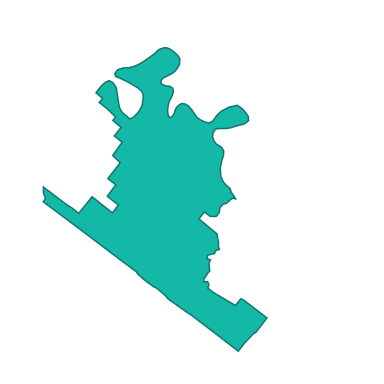 Bento Gonçalves, Rio Grande do Sul, Brazil (Mercator projection), rotated 38°
{"feature_id": "56859067B71530862715351", "entity_name": "Bento Gonçalves", "entity_type": "district", "adm_level": 2, "iso_a3": "BRA", "parent_name": "Brazil", "parent_adm1": "Rio Grande do Sul", "projection": "mercator", "projection_center": [-51.571, -29.106], "detail": "fine", "context": "isolated", "style": "filled", "palette": "teal", "viewbox_px": 384, "rotation_deg": 38, "n_neighbors": 0, "source": "geoboundaries", "source_scale": "gbopen_adm2", "svg_char_len": 2584}
<svg xmlns="http://www.w3.org/2000/svg" viewBox="0 0 384 384"><g transform="rotate(38 192 192)"><path d="M103.7,99.6L100.6,94.6L96.9,93.2L92.0,92.7L86.0,93.0L82.9,94.1L80.6,96.2L78.1,100.4L77.5,105.1L75.6,112.4L73.0,120.3L71.5,124.1L69.2,128.5L65.4,133.3L61.3,136.7L58.0,141.7L58.4,146.5L61.0,147.9L65.5,146.5L69.4,145.8L73.4,144.8L85.3,143.3L89.5,143.5L92.6,144.6L95.2,147.2L97.3,151.0L98.9,153.6L100.0,156.6L100.4,159.7L100.5,163.1L100.1,167.0L99.6,170.2L97.4,173.0L94.7,172.4L91.0,172.4L86.7,171.9L82.9,170.1L79.2,166.9L68.6,156.9L66.1,155.6L62.3,154.5L58.1,155.3L56.3,158.7L55.2,164.2L55.2,168.6L55.3,172.9L63.9,173.3L63.8,178.6L67.3,178.6L70.2,178.6L73.7,178.6L85.6,179.9L85.6,184.3L96.4,184.8L96.2,195.7L99.8,195.7L106.3,195.8L107.0,212.1L117.4,213.1L117.4,217.1L117.5,233.2L127.6,233.3L127.8,247.5L135.5,247.6L141.9,247.5L142.2,257.4L135.6,257.4L130.4,257.4L116.2,257.2L115.9,278.5L107.6,278.5L101.0,279.1L89.5,279.3L71.8,279.6L73.8,282.1L76.0,284.6L80.4,287.0L80.8,291.3L124.0,290.4L136.4,290.2L142.6,290.1L156.8,289.9L183.3,289.5L186.1,289.3L189.5,289.3L192.3,289.3L197.1,289.1L199.9,290.0L207.5,290.6L212.2,290.6L216.3,290.4L220.2,290.3L223.7,289.5L231.9,289.9L236.1,290.3L238.9,291.0L254.5,290.3L257.6,290.1L260.8,290.0L267.7,289.5L300.1,289.1L326.5,289.0L326.4,278.9L327.6,266.3L328.8,263.0L328.6,245.1L300.1,245.3L296.2,246.0L296.1,251.7L296.1,254.7L270.8,258.0L263.6,258.0L262.5,254.7L259.5,253.0L256.7,255.4L254.8,253.2L254.9,249.8L254.3,246.8L254.7,243.5L251.7,240.3L249.1,237.6L248.4,234.1L244.9,235.2L243.3,232.4L245.6,228.9L247.6,226.8L246.7,223.8L248.9,220.4L246.3,218.6L244.0,215.4L240.1,212.2L237.7,209.7L214.1,208.9L213.9,200.2L221.3,200.0L226.1,196.5L226.2,191.5L223.6,187.1L224.0,182.6L226.2,179.5L226.9,175.3L227.8,171.9L230.6,170.6L226.2,168.9L223.2,168.1L220.0,165.9L214.1,165.5L210.7,164.9L205.5,162.2L202.5,159.1L199.6,155.7L198.0,152.8L195.8,148.2L194.5,144.2L191.9,140.3L187.8,138.5L185.0,138.9L181.2,139.2L177.9,138.2L174.2,135.9L172.3,132.8L171.8,127.9L175.0,124.7L177.5,122.8L180.6,120.2L183.0,117.5L185.6,113.7L188.3,110.1L191.3,106.1L192.7,100.9L189.4,97.6L182.8,95.8L179.2,95.4L174.2,95.9L168.8,102.5L165.5,110.0L164.4,116.1L164.7,124.3L162.0,127.8L157.7,129.3L153.6,130.0L149.9,130.2L141.5,127.5L136.2,126.4L132.9,126.7L129.4,128.5L127.8,132.7L128.0,136.8L129.5,140.8L130.1,144.4L128.7,147.2L126.2,146.2L123.3,143.7L121.1,140.5L118.7,135.9L117.0,128.0L115.4,124.0L113.0,122.1L109.5,122.3L105.8,124.7L101.2,125.8L98.9,123.3L99.1,119.8L101.8,114.4L103.9,109.1L104.4,104.9L103.7,99.6Z" fill="#14b8a6" stroke="#0f766e" stroke-width="1.5"/></g></svg>